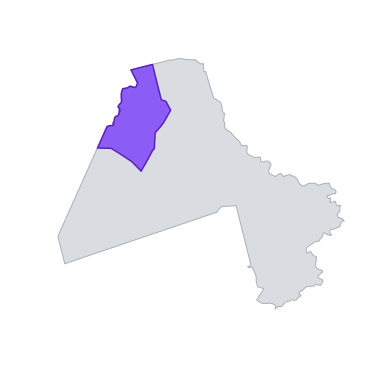 location of Kidal within Mali, rotated 256°
{"feature_id": "MLI-2689", "entity_name": "Kidal", "entity_type": "Region", "adm_level": 1, "iso_a3": "MLI", "parent_name": "Mali", "parent_adm1": "", "projection": "natural_earth1", "projection_center": [2.188, 19.739], "detail": "fine", "context": "in_parent", "style": "filled", "palette": "violet", "viewbox_px": 384, "rotation_deg": 256, "n_neighbors": 0, "source": "natural_earth", "source_scale": "10m", "svg_char_len": 5665}
<svg xmlns="http://www.w3.org/2000/svg" viewBox="0 0 384 384"><g transform="rotate(256 192 192)"><path d="M72.3,290.1L72.4,288.7L71.4,287.7L71.3,287.2L72.0,283.0L72.0,282.0L72.4,279.9L71.7,279.0L71.6,278.3L69.9,275.6L69.4,273.3L68.6,271.8L66.6,271.3L65.8,272.6L65.4,272.8L64.6,271.9L64.4,271.1L64.4,270.4L61.9,266.8L62.1,264.9L63.0,263.9L63.4,262.2L62.5,260.3L62.7,258.5L62.6,255.9L61.1,253.7L60.1,252.7L59.3,251.2L60.0,247.6L58.6,244.5L61.4,245.7L62.8,244.6L64.1,243.1L65.2,241.0L65.8,238.5L66.0,236.3L67.2,232.8L68.6,231.2L71.4,228.8L72.2,229.1L76.7,234.1L79.3,236.7L80.2,238.0L81.1,238.1L82.4,235.6L83.8,233.4L84.4,232.9L89.0,232.6L91.4,233.0L93.5,233.6L96.5,233.8L104.6,232.2L104.7,231.2L104.6,230.0L104.9,229.1L105.6,228.3L106.2,228.1L106.4,230.9L107.0,231.4L108.9,231.5L168.1,231.5L170.7,216.6L166.4,211.2L153.2,51.2L181.3,51.1L186.1,54.8L275.8,125.1L276.2,127.4L276.1,130.6L276.8,131.5L278.1,132.5L283.2,135.5L283.6,136.1L283.8,137.4L284.4,138.9L285.5,139.8L286.8,140.4L288.3,140.9L293.0,141.4L293.9,142.1L296.0,144.9L297.0,145.4L303.3,146.9L305.4,147.7L307.6,148.9L308.7,150.1L308.7,154.4L309.6,157.3L309.6,158.0L308.6,159.1L308.3,160.0L307.2,162.2L307.4,163.1L309.6,164.8L310.7,165.3L311.9,165.3L325.2,162.3L325.4,203.1L324.9,203.7L324.6,210.9L323.6,215.2L321.9,218.3L320.8,223.0L320.2,223.9L319.7,226.6L318.7,228.1L317.0,228.7L314.0,231.8L313.7,234.2L306.5,232.8L306.0,232.9L305.7,233.2L305.6,234.4L287.1,235.2L278.1,235.8L272.4,241.2L268.7,241.8L264.1,241.3L261.7,241.3L260.8,241.6L260.6,242.6L253.3,239.8L250.5,240.7L250.1,240.4L249.8,239.8L248.4,239.4L246.3,239.6L244.8,240.0L240.1,244.3L237.6,245.4L232.9,248.0L229.7,250.2L228.5,250.6L226.7,250.7L225.2,251.2L223.8,256.2L222.9,256.7L217.3,254.7L216.2,255.0L215.2,255.5L212.1,258.5L210.5,260.8L209.7,263.9L209.8,265.9L209.3,266.5L207.8,266.7L205.3,266.1L204.4,266.3L204.1,267.9L204.1,271.2L203.5,273.5L202.0,274.2L200.8,275.1L199.9,275.3L199.1,275.1L194.6,271.7L193.1,271.2L191.4,271.6L189.8,273.0L186.9,276.5L187.2,277.8L188.0,279.3L188.5,281.1L188.5,282.7L184.4,285.0L185.3,286.7L185.2,291.3L183.2,293.4L182.6,294.8L180.7,296.3L179.1,297.1L174.1,298.3L172.1,299.8L171.2,301.0L170.9,302.3L171.1,303.7L172.1,306.8L171.7,309.5L170.9,312.8L170.1,314.2L167.8,315.9L168.1,318.0L168.3,321.0L167.9,324.9L167.1,327.5L166.6,327.3L164.4,327.4L161.9,328.2L161.1,328.9L160.9,329.8L158.8,331.9L157.5,331.8L156.2,331.2L155.5,330.6L155.5,330.3L156.3,328.6L156.3,328.0L155.5,325.0L155.7,324.3L155.4,322.0L155.2,321.9L152.5,322.9L152.4,323.3L152.8,324.7L152.5,325.0L151.6,325.0L150.3,324.5L148.8,323.2L148.4,323.6L148.3,324.6L148.2,325.9L148.5,328.2L148.1,329.0L145.8,328.8L144.0,329.1L143.5,329.9L143.3,330.8L143.7,331.8L143.6,332.2L142.8,332.9L142.5,332.8L141.4,331.7L137.2,330.7L136.9,329.1L136.4,329.1L135.1,327.3L134.5,327.3L134.0,327.6L132.4,327.5L131.0,329.1L129.9,331.1L128.8,332.1L127.0,332.5L127.3,331.2L126.8,329.5L123.1,327.3L122.6,326.4L121.7,321.4L121.7,319.9L122.0,318.6L121.9,317.6L121.5,316.8L120.4,316.1L119.3,315.7L117.8,316.7L117.2,316.9L116.5,316.8L116.2,316.5L116.2,316.0L117.8,313.3L118.6,312.2L120.1,310.9L120.6,310.2L120.6,309.7L120.5,309.3L119.4,308.9L117.9,307.6L117.0,307.5L116.3,306.9L115.6,305.0L115.2,304.6L114.5,304.4L113.8,303.9L113.9,299.2L112.4,295.7L111.0,291.2L110.3,290.1L109.1,289.2L107.6,288.6L106.2,288.4L104.6,288.9L104.7,289.4L105.5,290.8L105.6,291.6L105.5,292.4L105.2,292.9L103.1,293.4L100.3,295.0L99.4,296.9L98.7,297.2L97.7,296.9L90.3,293.7L87.2,295.1L85.2,297.9L84.7,298.8L83.7,299.6L83.2,299.6L82.7,299.1L80.6,294.9L79.6,293.8L78.5,293.8L77.5,294.5L76.4,295.9L75.1,297.3L74.3,297.7L73.6,297.4L70.6,294.6L70.4,294.0L71.8,290.6L72.3,290.1Z" fill="#d9dde1" stroke="#a8b0b8" stroke-width="1"/><path d="M257.6,111.0L258.7,111.9L260.1,112.9L261.5,114.0L262.9,115.1L264.3,116.2L265.6,117.2L267.0,118.3L268.4,119.4L269.8,120.5L271.2,121.5L272.5,122.6L273.9,123.7L275.8,125.2L276.0,125.5L276.3,126.8L276.3,127.2L276.1,129.2L275.8,131.0L275.8,131.3L275.8,131.8L275.9,132.0L276.1,132.1L276.5,132.2L276.8,132.2L277.5,132.0L277.8,132.0L278.2,132.1L278.4,132.3L278.7,133.0L279.0,133.4L279.3,133.6L280.0,133.8L280.6,133.9L280.9,134.0L281.2,134.3L281.8,134.4L282.4,134.7L283.4,135.6L283.7,136.1L283.8,136.8L283.8,138.2L284.0,138.5L285.9,140.3L286.2,140.5L286.6,140.5L286.9,140.5L287.1,140.5L287.4,140.7L287.5,141.1L287.6,141.4L287.7,141.7L288.1,141.7L288.5,141.3L288.7,141.2L288.9,141.3L289.1,141.4L289.2,141.5L289.3,141.6L290.3,142.0L290.6,142.0L291.0,141.8L291.7,141.1L292.0,140.9L292.4,140.8L292.7,140.9L292.9,141.1L293.9,141.9L294.5,142.7L295.0,143.5L295.7,144.8L295.9,145.0L296.1,145.1L296.5,145.2L296.8,145.3L297.4,145.7L297.7,145.8L297.9,145.8L299.3,146.1L300.2,146.1L304.6,147.2L306.6,148.2L307.6,149.0L307.8,149.2L308.4,149.3L308.7,149.5L308.9,149.7L309.0,150.0L308.7,153.8L308.7,154.5L308.9,155.2L309.0,155.4L309.1,155.5L309.2,155.8L309.1,156.2L309.1,156.3L309.2,156.7L309.5,157.0L309.6,157.3L309.7,157.7L309.5,158.1L309.2,158.4L308.9,158.6L308.6,158.9L308.4,159.2L308.4,160.0L308.3,160.3L307.9,160.7L307.7,160.8L307.6,161.0L307.5,161.4L307.3,161.8L307.1,162.1L307.2,162.5L307.4,162.9L307.7,163.2L308.0,163.5L308.4,163.7L309.1,164.1L310.1,165.1L310.4,165.4L310.6,165.5L310.8,165.5L311.3,165.5L312.6,165.1L314.2,164.8L317.0,164.2L318.2,163.9L319.7,163.6L322.5,163.0L325.2,162.4L325.2,164.7L325.2,167.0L325.3,169.4L325.3,171.7L325.3,171.8L325.3,174.1L325.3,176.4L325.3,178.8L325.3,181.1L325.3,183.5L325.3,184.5L316.6,184.5L304.3,184.5L289.0,184.5L286.2,188.6L276.6,191.1L266.4,181.5L263.1,177.4L258.4,170.6L243.1,165.9L241.8,163.8L234.6,157.3L224.6,147.7L236.3,140.7L243.6,134.0L253.9,124.2L257.5,111.2L257.6,111.0Z" fill="#8b5cf6" stroke="#5b21b6" stroke-width="1.5"/></g></svg>